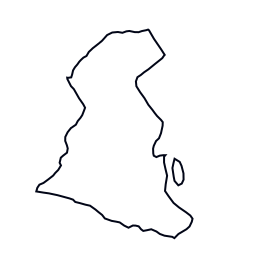 Sundsvall, Västernorrland, Sweden (orthographic projection), rotated 10°
{"feature_id": "70781695B99117995283452", "entity_name": "Sundsvall", "entity_type": "district", "adm_level": 2, "iso_a3": "SWE", "parent_name": "Sweden", "parent_adm1": "Västernorrland", "projection": "orthographic", "projection_center": [16.938, 62.56], "detail": "fine", "context": "isolated", "style": "outline", "palette": "ink", "viewbox_px": 256, "rotation_deg": 10, "n_neighbors": 0, "source": "geoboundaries", "source_scale": "gbopen_adm2", "svg_char_len": 1874}
<svg xmlns="http://www.w3.org/2000/svg" viewBox="0 0 256 256"><g transform="rotate(10 128 128)"><path d="M77.8,57.8L76.2,59.9L74.6,64.3L71.9,66.4L70.0,68.9L68.5,71.2L67.1,74.2L65.2,77.4L63.9,80.8L63.7,84.9L63.3,88.0L60.2,89.0L59.4,89.0L59.8,90.3L64.6,96.7L67.9,99.1L74.7,107.3L79.8,112.4L82.2,115.5L81.6,118.8L80.7,123.3L79.4,126.3L77.3,129.9L76.1,133.8L71.8,138.0L69.3,142.6L67.8,147.7L68.4,151.6L70.8,155.6L72.2,158.6L72.2,162.9L68.9,166.5L67.0,168.9L66.7,174.1L68.5,176.5L66.6,181.4L64.1,185.0L62.6,187.8L58.3,192.6L54.3,196.8L50.6,199.2L49.1,202.6L48.7,206.4L56.0,206.3L61.5,206.1L70.3,206.4L78.1,207.1L82.6,207.5L86.3,208.1L88.9,210.0L93.5,210.3L99.4,210.9L104.1,211.1L110.2,214.0L113.3,215.8L117.6,218.1L120.9,221.1L128.0,222.3L132.5,222.3L136.2,222.4L141.3,224.8L145.8,226.1L149.7,223.2L152.4,222.8L155.6,223.0L158.5,225.5L160.9,226.7L164.6,225.3L168.5,223.7L174.0,225.0L177.7,226.8L182.6,227.7L190.5,227.5L192.8,228.4L196.1,223.6L198.8,221.3L203.2,217.5L205.7,214.3L207.1,209.3L207.3,206.1L204.6,203.4L199.8,200.9L191.9,197.3L185.9,193.9L179.9,188.2L175.4,183.6L174.9,176.9L174.8,168.2L171.8,161.3L169.5,155.7L168.5,150.0L169.5,148.3L167.6,148.6L164.1,149.7L161.0,151.7L158.2,150.8L157.3,148.7L156.3,144.0L156.5,141.0L157.9,135.9L160.3,132.8L161.4,127.4L161.7,119.8L161.2,116.2L159.1,114.3L154.5,111.1L151.6,108.5L148.8,105.8L144.0,101.6L139.0,95.7L133.8,90.7L129.0,85.4L127.7,80.7L128.5,76.3L131.4,73.6L134.2,70.3L137.9,66.7L143.5,60.2L149.6,53.3L151.2,49.8L151.4,49.6L146.9,44.7L138.0,35.6L131.7,28.1L130.7,27.6L129.0,28.5L124.9,30.1L121.8,31.8L117.9,32.4L112.5,32.2L109.6,33.1L106.0,35.2L101.4,35.2L95.9,36.7L91.3,40.1L87.3,46.6L83.9,50.6L79.4,55.6L77.8,57.8ZM178.9,154.4L178.7,159.7L181.5,168.1L183.0,172.0L187.5,175.7L190.6,173.4L191.7,169.2L190.5,163.0L187.3,156.0L184.8,152.4L179.2,150.2L178.9,154.4Z" fill="none" stroke="#020617" stroke-width="2"/></g></svg>